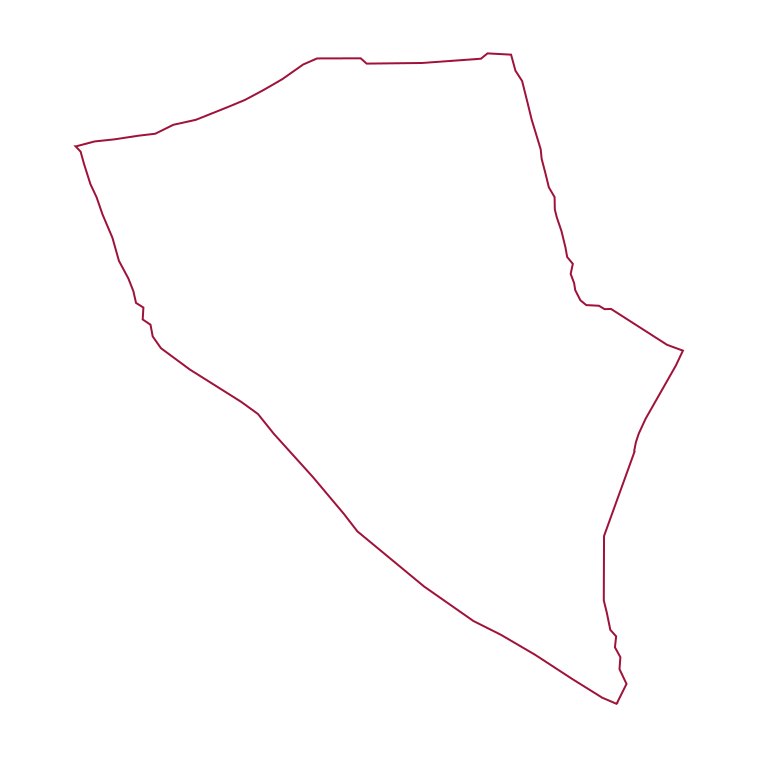 Delami, South Kordufan, Sudan, rotated 268°
{"feature_id": "16777658B3840179969595", "entity_name": "Delami", "entity_type": "district", "adm_level": 2, "iso_a3": "SDN", "parent_name": "Sudan", "parent_adm1": "South Kordufan", "projection": "orthographic", "projection_center": [30.319, 11.667], "detail": "fine", "context": "isolated", "style": "outline", "palette": "rose", "viewbox_px": 768, "rotation_deg": 268, "n_neighbors": 0, "source": "geoboundaries", "source_scale": "gbopen_adm2", "svg_char_len": 1351}
<svg xmlns="http://www.w3.org/2000/svg" viewBox="0 0 768 768"><g transform="rotate(268 384 384)"><path d="M703.5,433.1L704.8,377.8L710.3,372.1L711.7,328.4L706.1,314.3L692.2,293.0L682.4,274.6L672.7,254.8L665.8,236.4L660.2,220.8L654.6,205.2L650.4,182.5L642.1,164.1L640.7,147.1L637.9,123.0L636.5,103.1L632.3,84.7L632.3,84.1L626.8,88.9L614.3,91.9L593.9,97.6L580.6,103.3L563.3,108.6L539.6,117.7L516.3,123.4L498.4,132.2L485.4,136.8L473.7,139.0L468.8,146.2L456.9,145.1L451.4,152.7L439.6,154.5L427.6,162.3L419.0,173.1L405.2,190.5L371.1,240.7L358.4,257.0L338.0,272.2L293.6,309.6L255.4,339.5L237.7,352.2L211.0,382.3L180.2,417.0L144.0,465.1L129.2,492.2L108.0,525.7L82.7,561.7L62.9,591.1L56.5,604.7L56.5,604.8L56.3,605.2L56.9,605.8L57.0,605.6L57.2,605.8L75.8,615.9L90.8,609.4L102.7,610.7L112.8,605.6L123.7,607.2L130.4,601.6L147.6,598.7L160.0,596.1L224.4,598.6L266.3,615.4L276.2,619.4L307.9,632.1L308.4,631.7L317.0,633.7L325.6,636.9L340.1,644.2L392.2,676.3L406.9,683.9L413.3,668.2L451.1,613.5L451.1,607.0L454.7,601.6L455.8,588.9L460.8,583.2L471.1,578.4L478.3,577.5L487.5,574.4L497.5,576.9L504.5,571.5L514.2,570.1L530.6,566.7L544.5,562.5L552.5,560.8L564.8,561.0L574.8,555.6L588.4,552.8L603.6,549.4L613.1,548.8L643.1,540.8L659.5,537.4L682.0,532.6L692.5,526.3L708.7,522.5L710.8,499.0L705.7,492.2L703.5,433.1Z" fill="none" stroke="#9f1239" stroke-width="2"/></g></svg>